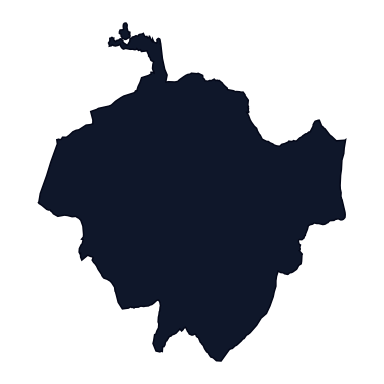 outline of Tapanuli Utara, Sumatera Utara, Indonesia
{"feature_id": "22746128B99937545443202", "entity_name": "Tapanuli Utara", "entity_type": "district", "adm_level": 2, "iso_a3": "IDN", "parent_name": "Indonesia", "parent_adm1": "Sumatera Utara", "projection": "natural_earth1", "projection_center": [99.174, 2.011], "detail": "fine", "context": "isolated", "style": "filled", "palette": "ink", "viewbox_px": 384, "rotation_deg": 0, "n_neighbors": 0, "source": "geoboundaries", "source_scale": "gbopen_adm2", "svg_char_len": 5881}
<svg xmlns="http://www.w3.org/2000/svg" viewBox="0 0 384 384"><path d="M109.0,44.5L109.5,45.1L109.3,46.2L111.5,45.7L112.4,44.8L113.6,45.6L115.4,46.0L118.0,45.4L120.1,44.3L120.4,45.6L121.6,47.7L123.0,48.9L123.5,49.1L125.6,48.4L130.2,49.3L133.1,49.2L133.9,49.6L135.1,49.7L136.4,49.3L136.8,48.6L138.5,50.4L140.4,49.8L140.0,50.1L140.5,49.8L141.4,51.5L145.7,51.0L146.2,50.7L146.8,50.9L148.7,55.0L148.6,56.0L149.9,57.5L150.9,60.2L151.8,60.9L153.6,61.5L152.9,64.5L152.5,68.3L152.9,69.9L154.2,72.0L154.1,73.1L152.7,72.3L151.0,72.3L151.1,74.0L148.5,75.5L141.6,77.7L140.1,82.3L138.1,86.5L136.8,90.8L135.5,90.9L135.0,92.0L134.1,92.8L123.7,96.1L120.9,97.7L115.5,101.3L111.4,105.1L109.0,106.1L98.4,108.4L96.6,109.5L90.7,111.5L92.9,120.0L92.8,123.8L90.6,124.6L86.1,125.1L78.9,129.8L76.1,130.3L72.9,131.8L69.3,135.2L66.4,137.3L62.5,137.2L61.5,139.0L61.0,139.4L59.7,139.7L58.8,139.2L56.8,139.7L57.4,144.2L57.0,144.9L50.9,161.9L46.7,175.6L40.3,193.5L38.9,201.9L38.4,202.6L39.1,203.5L41.5,205.0L46.7,209.3L48.5,210.0L50.3,210.0L50.8,211.0L52.1,212.0L53.4,213.8L57.8,216.3L64.5,215.1L67.6,215.5L72.1,216.7L75.9,216.4L77.5,217.6L78.5,217.9L80.8,220.2L82.9,226.1L83.6,234.6L83.4,237.0L81.6,239.2L83.2,239.6L82.2,243.8L81.2,244.8L79.4,248.5L79.1,252.1L80.1,254.1L80.5,253.7L80.6,257.0L81.8,260.1L87.7,255.2L90.4,256.4L92.5,256.9L93.2,257.9L92.7,258.7L92.2,260.1L93.7,262.5L94.8,263.5L96.6,266.0L98.2,269.4L101.3,274.0L102.1,275.9L103.0,277.1L103.9,278.1L107.1,279.2L110.1,281.0L111.7,282.7L114.6,287.2L115.1,291.2L115.5,291.8L116.3,294.7L118.2,302.3L122.4,308.9L128.4,308.1L130.7,306.8L131.9,307.5L132.9,307.3L134.0,308.0L134.7,307.3L138.6,307.1L139.8,306.4L141.0,306.1L143.9,306.5L144.9,306.2L148.5,305.9L149.8,305.1L151.9,304.5L153.9,303.0L156.6,300.5L157.4,300.1L158.4,300.1L159.2,300.9L159.9,302.3L160.5,305.9L160.1,307.1L159.8,310.6L159.3,311.8L158.9,315.1L158.4,317.1L158.1,321.9L158.8,323.8L158.5,327.9L156.9,330.9L155.9,334.0L154.6,334.7L153.7,340.7L153.0,343.5L156.0,351.0L159.9,351.9L161.1,351.2L162.3,351.5L162.6,346.8L163.9,346.7L165.0,344.8L165.2,343.1L165.9,341.3L166.8,340.7L168.9,337.1L170.0,336.2L170.8,336.2L172.3,334.7L173.9,334.3L176.1,333.1L179.9,329.0L181.6,331.0L183.0,329.7L183.6,328.5L185.3,327.2L186.0,328.0L187.6,331.4L188.4,332.3L189.3,334.0L191.9,335.1L193.3,334.8L194.7,334.1L195.7,334.3L196.4,336.3L197.3,337.1L198.4,337.6L200.2,342.0L200.6,342.6L201.4,343.0L201.6,343.8L203.2,345.5L204.5,348.6L206.1,351.1L206.8,352.0L208.5,353.0L208.6,353.7L210.7,356.9L213.2,357.8L216.4,360.7L221.1,361.0L229.2,349.7L230.8,348.7L232.0,348.6L233.2,347.7L235.0,345.9L236.4,345.3L237.3,344.6L241.3,340.9L242.7,339.2L244.1,338.5L246.6,334.9L247.7,334.6L250.1,332.7L256.6,325.3L261.1,318.1L266.4,313.5L269.9,306.0L273.2,296.7L274.2,291.8L275.9,286.2L275.9,280.7L276.5,276.4L278.1,271.1L280.6,272.5L283.4,272.8L284.4,273.7L287.6,274.4L288.5,274.0L288.7,273.6L289.7,272.8L291.3,272.6L292.7,272.0L296.1,269.6L296.8,268.9L298.6,265.4L301.2,263.8L301.6,261.2L301.9,255.1L302.3,254.1L299.2,250.6L300.1,249.9L300.2,248.7L299.8,247.2L300.5,245.0L299.5,244.4L298.9,243.7L298.4,241.4L298.4,240.6L298.8,239.8L299.3,239.5L301.9,239.7L304.0,238.0L304.4,236.3L305.3,235.5L305.5,234.1L307.4,229.4L308.3,225.8L309.8,224.8L312.6,224.1L314.3,222.9L316.7,223.5L318.7,223.5L322.7,224.5L324.0,224.4L325.7,223.9L326.5,223.1L327.8,222.7L329.7,220.7L334.0,220.4L335.7,219.2L336.6,219.2L338.1,218.7L340.8,219.9L342.1,219.8L343.4,219.2L344.7,217.8L345.0,217.3L345.2,214.7L345.0,212.4L342.0,199.6L341.3,198.2L341.3,197.3L340.9,196.6L341.1,192.6L340.3,189.0L340.1,185.4L340.6,175.2L341.4,169.5L341.9,160.2L343.8,153.5L344.2,148.1L345.6,139.7L344.9,140.2L336.3,140.8L331.9,136.6L329.8,135.0L325.1,128.8L323.4,127.7L322.9,126.8L321.6,126.0L319.8,121.5L319.6,121.9L319.2,121.5L319.2,120.2L318.1,120.2L317.5,120.6L316.1,120.9L315.1,121.3L314.3,122.5L313.2,124.6L313.1,126.2L310.2,131.8L308.7,132.1L307.1,133.6L305.6,133.9L302.8,135.8L301.8,136.9L299.5,138.0L296.5,141.0L294.8,141.0L293.5,140.6L292.7,141.3L291.2,141.5L288.8,141.1L288.2,142.0L284.7,143.6L281.8,144.3L279.7,146.3L276.7,145.9L274.1,145.0L272.7,143.9L270.0,142.8L268.4,141.5L266.6,141.4L262.2,139.2L260.1,135.0L259.5,134.6L257.5,131.0L256.6,128.3L254.3,126.2L251.3,122.0L250.0,119.6L248.6,115.7L246.7,112.3L248.6,112.5L248.8,111.7L248.2,110.4L248.5,108.5L247.8,107.5L248.5,106.9L247.8,105.0L248.3,100.2L245.1,95.7L245.0,94.7L243.1,92.1L240.3,92.2L240.0,91.8L236.6,91.5L235.5,91.7L233.3,90.7L227.9,89.7L227.2,89.1L227.3,88.2L224.5,85.7L223.0,84.1L222.3,83.0L219.1,80.4L218.2,80.7L217.2,80.2L215.7,80.6L214.2,79.1L211.5,80.6L209.6,80.5L207.7,81.3L206.8,81.0L205.3,81.1L204.1,79.0L203.0,78.4L202.6,75.4L198.1,73.3L197.0,73.7L191.3,73.2L190.4,74.1L187.7,74.5L185.8,75.4L183.5,76.9L179.4,79.8L177.8,81.4L174.9,82.0L168.2,81.7L167.0,82.0L165.9,82.0L165.8,81.7L167.1,75.0L164.7,69.2L162.4,58.5L160.7,43.8L160.4,43.8L160.5,42.8L159.9,39.3L159.2,38.7L158.3,38.4L156.9,39.6L157.1,41.9L156.5,43.1L155.4,42.8L153.8,41.9L152.5,38.9L152.1,41.3L150.9,39.5L149.3,35.7L149.1,37.6L147.7,37.9L146.9,36.4L145.9,36.6L144.7,36.4L143.3,33.4L142.3,34.0L139.3,34.5L138.5,35.1L138.2,36.1L137.1,36.1L136.0,35.7L133.7,36.9L133.2,36.8L132.2,37.2L131.7,38.2L130.3,38.3L130.1,38.5L129.7,41.8L129.3,42.1L127.6,45.0L126.8,45.0L123.7,42.9L122.7,41.8L123.0,40.9L121.1,38.9L120.5,38.8L119.6,39.2L118.3,40.4L117.1,40.2L116.1,41.4L115.5,41.7L114.7,40.5L114.3,40.7L113.5,39.9L113.8,38.1L112.8,38.1L112.3,37.5L111.5,37.5L111.2,38.0L109.8,38.3L109.9,40.2L109.6,41.4L108.5,43.0L109.0,43.6L109.0,44.5ZM123.2,26.1L123.5,29.4L122.8,29.8L120.1,30.0L119.4,31.8L119.4,33.4L121.1,34.3L121.1,36.1L122.6,38.3L125.1,39.4L125.9,39.4L128.9,37.6L129.8,36.7L130.0,36.2L130.0,35.1L129.7,34.5L128.9,34.4L128.8,34.2L129.0,33.6L129.9,33.2L129.9,32.6L129.8,32.1L128.5,31.9L127.7,30.8L127.0,27.7L127.2,24.9L126.3,23.2L125.4,23.0L124.3,23.3L123.5,24.2L123.2,26.1Z" fill="#0f172a" stroke="#020617" stroke-width="1.5"/></svg>